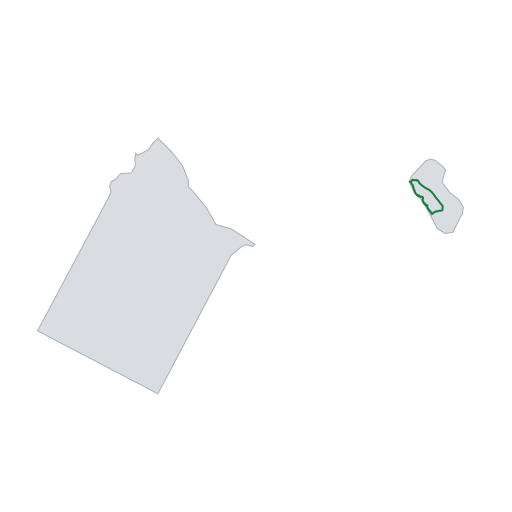 Riaba, Bioko Sur, Equatorial Guinea shown in context, rotated 118°
{"feature_id": "11065452B69866248222639", "entity_name": "Riaba", "entity_type": "district", "adm_level": 2, "iso_a3": "GNQ", "parent_name": "Equatorial Guinea", "parent_adm1": "Bioko Sur", "projection": "orthographic", "projection_center": [8.763, 3.41], "detail": "fine", "context": "in_parent", "style": "outline", "palette": "green", "viewbox_px": 512, "rotation_deg": 118, "n_neighbors": 0, "source": "geoboundaries", "source_scale": "gbopen_adm2", "svg_char_len": 3938}
<svg xmlns="http://www.w3.org/2000/svg" viewBox="0 0 512 512"><g transform="rotate(118 256 256)"><path d="M423.7,278.0L423.9,304.9L424.1,327.7L424.2,352.3L424.4,378.0L424.6,399.7L424.6,413.8L400.9,413.7L369.3,413.7L337.7,413.7L306.1,413.6L290.2,413.6L272.7,413.6L267.1,414.3L263.2,417.9L258.6,418.7L253.2,415.7L246.6,414.2L244.8,411.1L241.6,405.4L235.0,404.8L231.8,405.4L227.1,408.7L221.8,410.4L222.8,407.8L212.4,400.7L204.9,400.1L198.0,397.9L203.6,379.6L210.6,363.5L221.0,351.3L226.6,348.3L228.4,342.3L236.7,322.4L246.9,306.2L243.7,289.9L246.2,262.4L249.1,263.1L249.6,265.7L250.4,269.6L254.2,273.0L267.0,278.3L305.0,278.2L327.7,278.2L361.2,278.1L396.7,278.0L423.7,278.0ZM122.4,93.3L125.2,93.8L142.6,93.3L147.3,99.5L146.8,108.5L128.9,135.0L125.6,146.1L118.7,155.5L112.7,156.3L92.1,150.7L88.6,147.4L87.4,142.9L89.4,132.3L90.9,129.1L100.8,127.1L104.0,125.4L109.2,114.1L111.0,103.7L115.4,95.9L122.4,93.3Z" fill="#d9dde1" stroke="#a8b0b8" stroke-width="1"/><path d="M124.5,114.5L124.2,114.9L123.9,115.3L123.7,115.9L123.5,116.4L123.2,117.1L123.1,117.5L122.8,118.1L122.6,118.7L122.2,119.3L121.8,120.1L121.5,120.8L121.2,121.5L120.9,122.2L120.7,122.8L120.5,123.5L120.2,124.2L119.8,125.0L119.5,125.5L119.1,126.3L118.7,126.9L118.5,127.4L118.2,128.0L117.9,128.8L117.7,129.4L117.3,130.2L117.1,130.8L116.9,131.4L116.7,132.2L116.6,132.9L116.3,133.7L116.2,134.7L116.3,135.5L116.4,136.5L116.3,137.2L116.4,138.2L116.3,138.7L116.2,139.6L116.1,140.6L115.9,141.6L115.8,142.4L115.6,143.3L115.4,144.0L115.3,144.8L115.1,145.4L114.8,146.2L114.3,146.8L113.9,147.5L113.4,148.5L113.5,148.8L113.6,149.0L113.8,149.3L113.5,149.7L113.5,150.0L113.8,150.2L113.9,150.5L114.2,150.7L114.3,151.0L114.6,151.3L114.6,151.5L114.7,152.3L115.0,152.9L115.1,153.4L115.4,153.5L115.6,153.7L115.9,153.7L116.2,153.7L116.4,154.0L116.9,153.9L117.1,154.1L118.0,154.7L118.1,154.3L118.0,154.2L118.3,153.5L118.4,153.4L118.7,153.1L118.8,152.9L119.1,152.7L119.2,152.4L119.3,152.3L119.5,151.9L119.7,151.5L119.7,151.3L119.9,150.9L120.2,150.7L120.5,150.4L120.6,150.0L121.3,149.7L121.5,149.3L121.7,149.1L122.0,149.0L122.5,148.3L122.8,148.0L123.1,147.9L123.4,147.4L123.6,147.3L123.8,146.8L123.9,146.7L124.0,146.6L124.1,146.4L124.5,146.1L124.8,146.0L124.9,145.9L125.0,145.7L125.2,145.3L125.5,145.2L125.7,144.8L125.8,144.2L125.9,143.9L126.0,143.7L126.3,143.1L126.3,142.9L126.5,142.7L126.4,142.6L126.5,142.3L126.7,141.8L126.6,141.4L126.4,141.2L126.5,141.0L126.4,140.9L126.7,140.8L126.6,140.5L126.7,140.3L126.4,140.1L126.4,139.9L126.7,139.6L126.5,138.6L126.4,138.4L126.3,138.2L126.1,138.2L126.1,137.9L126.0,137.7L125.8,137.3L125.7,137.1L125.7,136.8L125.7,136.7L125.8,136.5L125.9,136.3L126.2,135.8L126.5,135.6L127.1,135.5L127.7,135.6L127.8,135.5L128.0,135.4L128.2,135.2L128.3,135.0L129.0,134.8L129.1,134.6L129.3,134.6L129.3,134.4L129.3,134.2L129.4,133.9L129.7,133.4L129.9,133.4L130.0,133.2L130.3,133.2L130.6,132.9L130.7,132.7L130.8,132.5L130.8,132.2L130.9,131.8L130.6,131.9L130.4,131.7L130.5,131.6L130.8,131.3L130.9,131.2L131.0,131.1L131.0,130.9L131.1,130.7L130.9,130.7L131.1,130.2L130.9,129.9L131.0,129.7L131.2,129.4L131.1,129.2L130.9,129.0L130.9,128.9L131.1,129.0L131.2,128.9L131.3,128.6L131.6,128.7L131.7,128.8L131.8,128.7L132.0,128.3L132.0,128.1L132.3,127.7L132.8,127.3L132.8,127.2L133.0,126.9L133.1,126.5L133.3,126.3L133.4,126.2L133.6,126.2L133.8,125.6L133.8,125.4L134.0,125.2L134.1,124.8L134.4,124.6L134.5,124.5L134.6,123.3L134.7,123.1L135.0,122.9L135.1,122.7L135.3,122.4L135.2,122.2L135.5,121.9L135.5,121.7L135.7,121.2L135.9,121.0L135.9,120.7L136.0,120.5L136.2,120.3L135.5,119.9L135.0,119.6L134.7,119.5L134.4,119.6L134.0,119.5L133.7,119.2L133.4,118.8L132.9,118.5L132.4,118.2L131.9,117.9L131.8,117.5L131.7,117.1L131.5,116.8L131.2,116.6L130.6,116.0L130.3,115.7L129.9,115.4L129.7,114.9L129.5,114.5L129.3,114.1L129.0,113.7L128.7,113.4L128.3,113.2L127.9,113.0L127.4,113.2L127.0,113.3L126.5,113.7L126.1,113.8L125.6,114.0L125.1,114.3L124.5,114.5Z" fill="none" stroke="#15803d" stroke-width="2"/></g></svg>